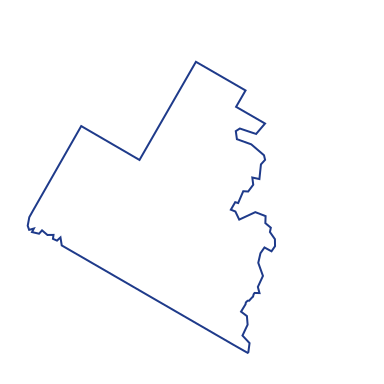 Kiowa, Oklahoma, United States of America, rotated 210°
{"feature_id": "52423323B11344178006251", "entity_name": "Kiowa", "entity_type": "district", "adm_level": 2, "iso_a3": "USA", "parent_name": "United States of America", "parent_adm1": "Oklahoma", "projection": "equal_earth", "projection_center": [-99.105, 34.859], "detail": "fine", "context": "isolated", "style": "outline", "palette": "blue", "viewbox_px": 384, "rotation_deg": 210, "n_neighbors": 0, "source": "geoboundaries", "source_scale": "gbopen_adm2", "svg_char_len": 996}
<svg xmlns="http://www.w3.org/2000/svg" viewBox="0 0 384 384"><g transform="rotate(210 192 192)"><path d="M320.9,193.7L320.4,96.3L320.3,88.8L317.4,80.6L314.1,77.8L310.7,81.3L310.5,77.3L303.6,79.4L302.7,83.8L295.7,82.5L290.5,85.6L289.0,81.9L284.6,82.4L283.2,86.9L278.1,80.6L176.8,80.5L79.1,80.4L63.4,80.5L63.1,81.4L66.6,89.9L76.5,92.9L77.5,104.9L82.4,112.0L89.7,112.9L89.5,121.6L90.0,122.7L90.0,124.2L89.3,125.8L88.1,126.5L87.9,127.8L87.2,130.9L86.8,131.9L87.3,133.5L87.5,134.7L87.3,135.9L83.0,138.2L87.5,142.7L88.6,154.8L99.2,163.8L102.1,173.2L101.5,180.2L93.5,180.4L93.0,186.6L96.6,192.6L104.5,196.3L105.9,200.5L112.9,201.7L116.2,207.9L127.1,206.2L137.3,191.7L144.7,196.8L149.5,196.1L149.5,204.8L146.5,205.5L148.0,218.3L143.6,220.5L142.6,228.9L147.0,234.7L140.1,236.9L146.1,250.4L144.8,256.4L148.0,259.8L164.5,262.9L179.5,260.2L184.5,266.6L182.3,270.9L165.5,274.3L163.0,287.8L196.4,287.8L196.4,306.7L253.7,306.7L253.5,193.5L320.9,193.7Z" fill="none" stroke="#1e3a8a" stroke-width="2"/></g></svg>